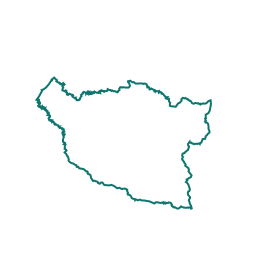 outline of Pekalongan, Jawa Tengah, Indonesia, rotated 298°
{"feature_id": "22746128B43405552393366", "entity_name": "Pekalongan", "entity_type": "district", "adm_level": 2, "iso_a3": "IDN", "parent_name": "Indonesia", "parent_adm1": "Jawa Tengah", "projection": "natural_earth1", "projection_center": [109.637, -7.042], "detail": "fine", "context": "isolated", "style": "outline", "palette": "teal", "viewbox_px": 256, "rotation_deg": 298, "n_neighbors": 0, "source": "geoboundaries", "source_scale": "gbopen_adm2", "svg_char_len": 5777}
<svg xmlns="http://www.w3.org/2000/svg" viewBox="0 0 256 256"><g transform="rotate(298 128 128)"><path d="M191.2,187.9L189.5,186.4L186.8,185.6L185.3,184.1L185.1,182.9L183.6,181.4L183.5,180.8L182.9,180.7L183.2,180.3L182.6,179.3L182.9,178.5L182.4,178.0L181.7,175.6L180.3,174.7L180.0,172.9L181.2,170.9L181.3,169.9L180.9,169.5L181.4,167.9L181.1,167.2L181.6,166.7L181.2,165.4L181.4,164.5L180.6,163.9L180.3,162.2L178.4,161.6L177.5,162.4L176.7,162.4L174.5,161.8L173.3,160.7L169.2,160.2L167.3,155.5L167.3,154.5L169.1,153.6L170.0,153.5L170.8,151.6L172.2,150.9L172.6,150.2L173.0,150.3L173.0,149.1L172.1,148.9L171.9,147.4L172.5,147.1L173.3,147.5L172.9,146.8L173.3,146.6L173.6,144.7L174.5,143.3L174.1,141.7L174.9,141.4L175.1,140.5L175.0,139.7L174.6,139.6L174.9,138.9L174.0,138.6L175.2,137.9L174.3,136.9L173.8,135.4L173.0,135.2L174.0,134.2L174.0,133.9L173.1,133.7L173.7,133.0L173.8,130.1L172.9,129.8L172.2,128.8L173.7,127.8L173.8,127.3L172.9,126.0L173.4,125.6L174.1,125.7L174.4,124.6L175.3,124.0L175.3,122.5L174.8,121.4L174.2,121.1L174.1,119.8L170.8,113.8L171.2,111.4L170.4,110.5L170.6,108.5L170.9,108.0L169.3,106.1L168.4,106.7L168.3,107.7L166.3,109.8L165.6,110.0L163.9,109.5L162.4,106.5L161.7,104.5L160.8,103.6L160.8,102.6L160.3,102.0L158.5,101.8L157.6,102.7L155.8,101.9L155.5,102.2L154.6,101.9L154.3,101.2L154.5,99.8L154.3,98.8L153.6,98.1L153.8,96.6L152.9,96.0L153.4,94.9L152.7,93.4L152.8,91.8L151.1,92.2L150.2,91.3L149.7,90.1L148.8,89.9L149.2,89.0L148.7,88.3L148.9,87.3L148.2,87.3L148.1,86.3L147.6,86.3L147.3,85.6L146.6,85.3L146.5,86.4L145.9,86.9L145.9,86.0L145.1,85.6L144.5,84.1L144.4,82.1L143.4,81.8L143.4,81.4L144.1,81.0L143.1,80.3L142.5,81.1L142.2,80.9L141.7,80.3L142.4,79.2L141.3,78.9L141.0,78.6L141.0,78.0L141.9,77.4L140.8,76.7L141.4,75.9L141.7,75.9L141.6,75.4L140.5,75.1L140.0,75.7L140.4,76.9L140.1,78.3L139.8,77.7L139.2,77.6L139.3,76.5L138.8,74.8L138.6,74.8L139.2,74.3L139.2,72.1L137.7,71.4L137.1,72.0L135.1,71.0L134.4,72.0L132.4,71.7L131.3,71.7L130.9,72.1L129.5,71.5L129.5,70.9L128.5,70.0L128.6,69.3L130.3,67.6L129.3,67.1L129.7,64.2L130.7,64.3L130.7,63.8L131.2,63.7L131.2,63.0L130.7,62.9L130.8,60.2L129.2,59.6L129.3,58.7L128.9,58.6L129.0,58.3L129.4,58.3L129.4,58.7L130.0,58.9L130.0,57.8L130.4,57.7L130.6,56.4L131.7,56.4L132.0,56.1L131.8,55.2L130.8,55.3L130.5,52.3L132.6,51.7L133.1,51.9L134.1,50.4L135.6,51.2L135.8,50.9L136.8,51.4L137.3,49.7L135.7,49.1L134.9,48.0L135.1,47.0L135.7,47.1L135.9,46.1L135.4,45.1L135.6,42.8L136.9,42.8L137.2,40.8L137.9,39.3L135.3,38.0L135.2,38.4L134.7,38.5L134.7,38.2L134.0,38.0L129.6,37.6L125.5,36.7L122.8,35.5L121.0,34.0L120.6,34.7L113.8,34.6L109.9,34.0L110.1,35.0L111.0,35.2L111.2,36.1L110.9,36.4L110.2,36.2L109.8,36.9L108.4,36.2L108.3,36.6L109.0,38.5L108.5,38.7L108.2,37.5L107.7,37.3L107.1,38.5L106.3,38.5L105.8,39.0L105.3,38.4L105.1,38.6L104.9,40.0L105.6,40.5L104.9,41.8L106.2,41.3L106.1,41.8L105.0,42.3L105.0,42.8L106.9,42.4L106.7,42.8L106.1,43.0L106.0,43.7L106.8,44.0L106.9,44.5L106.5,45.0L105.6,43.9L105.2,44.2L105.2,44.8L106.0,45.3L105.3,45.3L104.9,46.6L105.7,46.6L105.8,47.2L104.9,47.8L105.1,48.8L104.2,49.0L103.4,49.8L104.3,50.4L104.4,50.8L103.0,51.6L101.9,51.3L102.2,51.9L102.0,52.6L102.3,53.0L101.9,53.6L101.0,53.9L100.4,53.4L99.1,53.4L97.8,55.0L97.9,55.3L98.7,55.1L98.9,56.3L98.2,56.8L99.1,57.6L97.7,58.2L98.6,58.9L98.5,59.4L97.8,59.7L97.7,61.3L97.1,61.1L96.6,61.7L97.3,63.2L97.2,64.5L97.5,65.1L96.8,65.7L97.0,66.2L96.7,66.0L95.9,67.6L96.6,68.4L96.5,69.7L96.9,70.2L96.5,70.6L96.6,71.1L96.0,71.0L96.3,72.1L95.3,72.6L94.9,73.4L93.9,72.2L92.9,72.3L92.6,72.8L92.9,73.9L92.7,75.1L91.6,75.0L91.4,73.8L89.8,75.6L87.4,75.9L85.9,76.9L85.4,77.0L85.1,77.9L85.3,79.5L84.9,79.7L83.6,79.1L83.8,80.6L82.2,80.7L80.5,81.8L79.9,81.8L79.7,83.5L79.2,84.3L76.7,83.5L75.9,86.0L74.5,87.7L74.6,88.3L72.4,90.5L71.7,90.6L70.8,91.6L70.4,94.3L71.0,96.6L70.6,98.6L70.9,100.0L69.6,100.9L69.7,101.3L70.4,102.3L69.5,103.7L70.9,108.2L70.1,111.4L70.5,112.0L70.4,112.9L69.9,113.4L69.2,113.4L68.6,114.5L69.0,115.5L68.8,117.0L66.5,118.9L64.8,122.0L65.6,122.7L66.1,125.8L66.1,126.8L65.3,127.5L65.5,129.2L67.2,129.7L67.8,131.2L66.7,133.3L66.6,134.0L68.6,138.6L69.9,139.8L70.3,142.8L69.7,146.8L71.2,148.5L71.2,151.3L72.3,152.3L73.3,154.7L73.1,156.3L72.3,156.4L70.9,158.3L70.1,158.3L69.8,159.1L69.2,159.2L69.7,161.0L69.0,162.9L67.9,164.2L67.8,165.2L68.5,167.7L67.7,168.2L68.7,168.6L68.8,170.8L69.9,171.6L70.5,172.7L70.4,173.9L72.0,177.2L72.4,179.3L73.2,180.7L73.7,186.6L74.3,187.1L75.2,187.2L76.0,188.2L77.1,192.1L78.5,193.4L78.1,194.5L79.0,194.4L78.7,196.1L79.7,196.0L79.8,197.5L80.3,197.8L80.6,198.6L81.4,198.9L82.0,200.8L81.1,202.6L80.5,202.5L79.6,203.6L79.9,204.9L79.3,205.3L79.4,205.9L80.1,206.8L79.9,209.0L80.5,210.2L81.2,210.8L83.7,211.7L83.6,213.4L84.7,216.7L85.9,218.0L86.0,219.0L86.8,219.6L87.0,220.7L86.4,221.6L86.9,222.0L87.5,221.5L89.1,219.9L90.1,218.2L91.9,216.8L92.5,215.8L93.7,215.4L94.6,215.7L96.0,215.4L97.1,212.6L98.5,211.4L100.0,211.0L101.2,211.8L103.0,211.4L106.5,207.7L107.3,206.1L107.5,204.5L109.6,205.0L110.1,204.0L114.3,206.6L116.1,206.3L118.0,201.9L119.6,201.5L120.9,200.2L121.6,196.2L123.0,195.9L123.7,194.0L124.5,193.4L124.7,192.4L125.2,191.9L125.5,190.8L126.2,190.2L128.1,190.2L129.0,188.8L130.8,188.3L131.7,188.8L132.4,189.7L133.6,189.8L137.1,191.3L138.2,190.9L139.9,190.9L140.4,190.5L140.7,189.4L142.1,188.5L144.8,188.9L144.2,189.4L144.3,190.3L144.8,190.8L144.4,192.2L145.0,193.3L144.7,193.9L146.3,195.8L146.6,197.0L147.7,197.8L147.9,198.4L147.6,199.0L148.7,198.9L149.6,199.6L153.3,199.1L154.7,201.2L157.3,200.5L158.8,201.1L160.2,201.2L162.2,202.1L163.6,201.3L165.0,199.5L167.3,198.3L169.2,196.8L169.8,195.6L169.3,194.0L169.8,193.8L169.9,193.1L170.7,193.3L170.7,192.9L171.5,192.7L172.5,191.7L173.2,192.3L174.2,191.4L176.3,190.4L178.9,192.0L181.8,192.0L187.6,190.2L189.6,189.1L191.2,187.9Z" fill="none" stroke="#0f766e" stroke-width="2"/></g></svg>